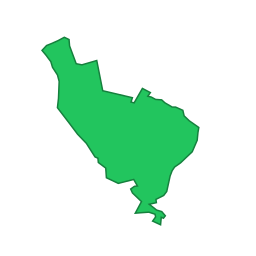 the district of Kiziltepa, Navoi, Uzbekistan, rotated 169°
{"feature_id": "79887680B30897386041175", "entity_name": "Kiziltepa", "entity_type": "district", "adm_level": 2, "iso_a3": "UZB", "parent_name": "Uzbekistan", "parent_adm1": "Navoi", "projection": "natural_earth1", "projection_center": [64.933, 39.801], "detail": "fine", "context": "isolated", "style": "filled", "palette": "green", "viewbox_px": 256, "rotation_deg": 169, "n_neighbors": 0, "source": "geoboundaries", "source_scale": "gbopen_adm2", "svg_char_len": 1041}
<svg xmlns="http://www.w3.org/2000/svg" viewBox="0 0 256 256"><g transform="rotate(169 128 128)"><path d="M99.2,153.9L102.5,155.4L99.3,158.5L106.3,164.1L117.2,151.5L120.1,152.9L117.9,156.9L145.7,169.4L145.8,200.2L161.2,198.8L166.6,201.0L169.7,219.7L169.0,226.1L173.2,229.2L180.0,227.1L187.5,225.4L192.2,224.5L197.6,220.6L194.3,214.6L193.3,212.4L191.1,207.9L190.5,201.9L187.1,193.5L186.7,186.8L190.6,170.3L193.4,161.4L184.4,143.3L178.6,131.4L171.8,120.9L165.9,105.9L163.3,104.1L163.7,99.8L157.5,92.9L158.7,83.3L148.1,75.5L132.2,76.4L129.8,69.3L132.8,69.5L137.0,67.6L136.0,63.4L128.8,53.2L137.1,43.0L131.8,42.4L123.6,41.4L117.9,38.2L117.9,35.4L121.6,31.9L114.5,26.8L112.4,34.0L110.4,32.7L108.1,34.7L110.8,39.5L115.6,42.0L121.7,49.1L114.4,49.3L114.2,52.6L105.8,55.0L102.1,58.3L95.8,72.9L92.8,77.7L89.7,80.8L83.0,83.8L77.4,87.4L69.5,92.4L62.4,102.8L60.2,110.2L58.4,115.0L60.2,116.9L66.5,123.4L70.6,129.2L70.8,134.9L77.2,139.4L80.6,140.1L86.9,145.6L89.6,149.2L95.5,150.8L99.2,153.9Z" fill="#22c55e" stroke="#15803d" stroke-width="1.5"/></g></svg>